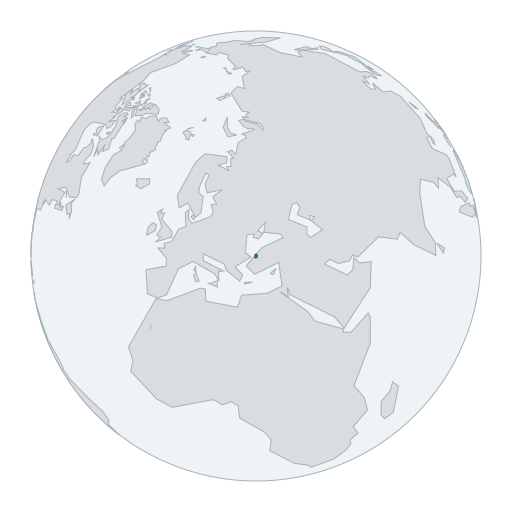 Sakarya highlighted on a globe, orthographic projection, rotated 335°
{"feature_id": "TUR-2267", "entity_name": "Sakarya", "entity_type": "Province", "adm_level": 1, "iso_a3": "TUR", "parent_name": "Turkey", "parent_adm1": "", "projection": "orthographic", "projection_center": [30.503, 40.751], "detail": "fine", "context": "on_globe", "style": "filled", "palette": "teal", "viewbox_px": 512, "rotation_deg": 335, "n_neighbors": 0, "source": "natural_earth", "source_scale": "10m", "svg_char_len": 11229}
<svg xmlns="http://www.w3.org/2000/svg" viewBox="0 0 512 512"><g transform="rotate(335 256 256)"><circle cx="256" cy="256" r="225" fill="#eef3f6" stroke="#a8b0b8"/><path d="M190.7,40.4L193.0,39.8L186.6,41.7L189.7,41.0L197.9,38.8L202.6,37.6L224.4,36.2L251.4,35.4L260.5,34.1L258.1,35.7L275.6,33.3L290.6,34.7L273.3,33.9L271.3,34.6L281.3,35.6L281.4,36.6L286.3,37.8L285.5,39.1L275.5,39.2L274.8,40.2L281.9,40.9L285.6,43.1L275.2,41.8L280.7,45.6L264.9,47.6L237.8,45.2L228.6,49.4L199.6,55.5L201.8,56.8L192.3,60.8L191.3,63.9L186.2,64.7L189.9,66.7L194.7,65.4L197.9,66.0L197.8,67.9L191.3,69.0L190.4,68.2L188.4,69.6L185.2,69.4L186.7,70.6L178.8,72.0L186.4,73.6L179.9,77.2L174.7,77.5L175.6,73.5L166.0,66.1L161.0,66.1L153.1,69.4L137.3,83.4L131.7,85.4L123.7,90.8L126.6,91.2L133.8,87.2L137.2,89.9L145.7,85.2L148.3,85.8L156.8,83.1L155.0,87.8L148.7,94.2L141.5,96.9L138.5,100.0L144.9,101.3L131.2,110.7L121.6,125.0L118.1,127.2L111.9,123.9L112.9,113.5L105.0,111.3L109.6,117.4L100.8,123.9L99.1,127.2L99.3,129.9L102.4,129.4L99.3,132.9L93.6,127.5L96.3,124.3L98.1,125.8L98.5,121.2L94.6,118.6L90.4,122.6L88.9,116.1L85.9,119.1L83.9,119.6L88.8,115.2L80.0,123.3L77.6,120.3L65.6,135.9L78.0,118.6L82.7,112.2L87.4,106.6L99.7,93.8L113.0,82.0L127.1,71.2L142.0,61.7L157.7,53.3L174.0,46.2L190.7,40.4ZM39.4,194.2L37.1,202.9L34.8,218.3L34.4,219.2L32.1,244.2L33.6,264.4L33.9,275.1L33.4,277.8L34.8,284.4L34.8,287.5L43.9,313.6L51.5,332.4L53.3,342.6L50.9,345.5L56.5,360.7L49.1,345.2L42.9,329.2L38.0,312.8L34.3,296.1L31.9,279.1L30.8,262.0L31.0,244.9L32.5,227.8L35.3,210.9L39.4,194.2ZM54.8,154.7L54.7,154.8L58.2,148.2L60.2,144.6L63.0,139.7L62.7,140.3L51.6,161.9L54.7,154.9L54.8,154.7ZM64.7,138.3L66.4,135.3L65.2,137.6L64.7,138.3ZM204.6,37.1L198.1,38.7L190.6,40.6L196.0,39.0L204.6,37.1ZM218.8,34.9L215.8,35.6L212.6,35.6L215.3,35.2L218.8,34.9ZM266.9,33.4L261.6,33.2L266.7,33.1L266.9,33.4ZM287.1,37.8L288.6,37.6L290.5,38.4L287.1,37.8ZM157.2,80.7L157.0,81.9L155.5,81.7L157.2,80.7ZM161.1,78.6L159.6,77.6L161.2,76.5L162.1,77.1L161.1,78.6ZM291.1,41.2L293.7,42.8L289.3,41.1L291.1,41.2ZM162.7,80.1L164.3,74.6L167.1,72.7L173.1,73.6L162.7,80.1ZM294.0,43.7L300.5,48.0L304.4,47.8L297.0,51.2L294.0,46.1L288.0,44.0L292.6,44.5L294.0,43.7ZM196.3,64.2L191.1,65.6L195.5,62.8L196.3,64.2ZM198.3,62.3L207.3,53.7L214.9,53.0L210.4,55.8L220.3,53.9L219.5,57.6L213.9,59.6L209.2,59.2L212.5,61.1L198.3,62.3ZM292.0,52.7L292.0,54.0L290.1,52.7L292.0,52.7ZM199.6,66.0L200.7,64.2L207.3,63.3L206.3,66.9L204.5,66.0L199.6,66.0ZM223.2,51.6L228.0,51.9L228.7,54.9L230.6,55.5L220.2,57.7L223.2,51.6ZM202.9,67.2L205.6,68.8L202.3,71.0L198.9,67.8L202.9,67.2ZM209.5,61.7L212.6,61.6L210.5,62.8L209.5,61.7ZM192.3,80.4L193.5,77.9L197.1,77.2L192.3,80.4ZM206.8,69.3L207.9,68.5L209.4,68.0L210.5,69.6L206.8,69.3ZM221.4,59.9L220.7,61.2L225.7,59.1L226.5,61.6L219.4,62.7L222.7,63.3L223.0,64.1L216.9,64.2L221.4,59.9ZM216.2,69.8L207.4,72.6L204.3,77.2L201.1,77.9L206.5,70.4L216.2,69.8ZM217.1,66.4L215.8,68.6L212.4,68.2L211.2,66.4L217.1,66.4ZM229.5,63.0L230.2,58.8L231.8,58.8L229.5,63.0ZM215.9,71.2L218.1,70.5L216.1,71.6L215.9,71.2ZM226.1,65.5L226.1,64.0L227.9,63.9L226.1,65.5ZM222.3,70.6L219.4,71.4L218.5,70.2L222.3,70.6ZM224.6,68.3L226.9,68.7L219.9,69.3L224.3,67.6L224.6,68.3ZM227.7,65.7L228.8,65.2L227.5,66.4L227.7,65.7ZM227.3,75.2L218.6,76.2L216.7,73.3L225.3,72.6L227.3,75.2ZM105.7,343.8L93.8,307.5L100.3,298.9L101.9,284.6L147.4,252.3L156.6,258.9L191.8,261.6L196.1,264.5L191.5,275.8L217.5,294.5L226.5,285.5L250.6,294.6L267.0,294.1L273.8,271.5L247.0,271.9L242.9,260.7L264.8,250.9L288.3,250.9L287.5,246.6L273.1,237.7L278.9,229.3L268.1,234.0L272.2,238.3L265.5,241.6L261.4,238.0L263.6,235.0L256.7,233.1L247.8,248.7L251.0,254.8L232.4,256.9L235.9,267.4L230.7,271.9L222.9,255.9L224.0,250.2L209.1,231.7L206.2,237.8L220.1,255.8L215.6,254.1L211.8,263.2L211.1,254.9L196.7,234.4L180.3,234.8L158.5,253.4L149.1,252.3L141.6,244.5L150.4,222.0L170.4,227.2L173.8,220.1L170.5,207.3L176.9,210.2L178.0,205.8L185.6,207.3L197.1,199.1L205.0,199.6L210.3,186.8L215.0,185.5L210.5,193.3L211.7,199.3L231.3,201.2L235.4,198.7L237.2,190.5L242.4,192.4L241.6,184.2L253.3,181.6L238.4,178.1L240.2,169.2L247.6,162.8L245.5,159.5L233.4,170.0L231.0,174.9L233.2,179.9L224.3,193.7L217.4,195.3L216.6,179.1L206.7,179.9L210.4,167.7L240.7,145.6L253.0,141.8L271.8,153.8L268.6,159.3L260.2,157.6L267.3,167.2L267.0,162.5L271.3,164.4L274.1,157.0L277.2,158.0L274.4,149.5L278.7,149.9L280.4,155.3L288.0,145.6L297.0,144.9L297.2,142.2L294.9,139.6L307.8,140.9L307.3,138.9L302.9,137.7L299.2,133.2L297.7,125.9L302.3,126.7L303.4,129.4L312.7,136.8L315.1,144.4L316.8,144.1L315.8,137.7L304.5,128.7L302.3,124.1L308.2,127.6L305.9,125.9L306.2,124.0L310.8,122.9L304.6,118.8L302.1,98.0L310.7,94.5L316.3,99.5L319.3,87.6L328.8,85.8L324.8,84.5L323.5,78.7L320.5,79.1L318.4,78.1L313.8,64.8L316.2,62.7L309.6,56.6L307.5,56.1L305.3,57.2L297.0,51.2L304.4,47.8L308.7,49.0L310.4,46.5L320.1,49.9L328.9,52.0L338.7,58.0L344.8,59.6L344.7,58.5L353.0,60.2L370.3,68.6L356.6,66.6L330.7,57.5L341.3,61.3L339.0,62.1L342.9,64.6L350.4,67.5L351.2,66.7L363.7,81.7L381.9,95.2L380.3,89.0L384.9,89.0L404.2,101.7L427.9,133.0L434.2,135.5L438.3,139.9L440.9,147.0L435.1,140.5L432.8,142.2L429.1,137.8L431.3,147.7L426.1,142.0L430.4,153.0L434.8,155.5L434.7,148.4L440.7,161.2L447.6,163.3L454.5,172.6L463.0,200.8L462.7,216.8L464.0,220.8L460.7,221.2L461.2,233.3L471.0,244.1L472.3,249.7L470.8,269.0L469.9,265.1L461.4,266.3L463.2,281.3L469.8,283.7L472.2,293.3L468.6,295.9L465.8,287.8L462.7,287.8L461.1,275.5L453.9,262.0L450.1,271.5L448.0,264.3L437.5,255.9L430.7,269.0L421.5,300.5L424.1,319.5L419.3,331.6L403.8,312.3L396.7,295.4L391.2,300.5L375.2,290.4L347.8,300.0L343.8,295.8L338.7,300.0L327.4,297.6L321.4,290.1L314.6,292.2L330.7,311.7L338.0,309.3L344.0,298.7L347.1,306.1L358.0,309.9L346.2,333.0L305.4,358.5L301.4,344.4L270.3,305.2L271.2,300.1L271.1,299.6L270.7,298.6L267.9,306.8L262.5,298.5L279.1,327.6L281.9,339.9L304.8,359.4L302.7,362.0L310.0,365.3L333.6,355.1L333.7,359.8L322.6,383.5L290.0,414.8L294.3,430.2L292.0,442.6L271.8,451.8L273.8,459.5L263.3,462.5L262.8,466.3L254.5,470.1L240.6,472.9L216.8,470.8L215.2,467.9L203.1,460.0L186.2,438.3L192.1,429.2L189.9,420.3L172.7,395.9L176.5,384.2L171.9,377.7L162.5,376.6L157.2,368.5L151.5,366.7L116.2,357.8L105.7,343.8ZM131.3,273.5L130.0,277.7L130.0,277.8L131.3,273.5ZM313.2,262.3L327.3,260.3L320.9,247.1L325.8,245.4L321.9,241.8L320.4,246.2L310.7,235.9L316.8,230.4L315.1,224.4L310.2,224.8L300.7,236.7L314.5,251.2L311.3,257.8L313.2,262.3ZM34.8,218.6L34.3,222.4L34.4,219.9L34.8,218.6ZM44.3,183.3L43.2,187.8L43.6,184.7L44.3,183.3ZM50.2,165.1L45.0,180.2L45.9,175.5L49.4,166.3L47.9,170.4L50.2,165.1ZM62.2,141.7L60.8,144.2L60.1,145.1L62.2,141.7ZM63.9,140.1L64.1,139.5L65.5,137.3L63.9,140.1ZM101.1,124.2L101.5,124.8L100.9,127.9L99.7,127.3L101.1,124.2ZM107.5,137.8L102.3,143.2L105.2,138.7L102.4,138.6L105.0,129.5L116.4,128.0L110.8,130.1L107.5,137.8ZM111.5,117.6L108.6,123.1L111.4,117.2L111.5,117.6ZM176.6,182.2L178.9,185.8L175.6,190.3L165.6,191.0L170.3,184.4L176.6,182.2ZM183.0,190.1L185.0,174.7L191.3,174.1L187.4,176.9L191.4,178.1L186.2,183.1L190.2,198.2L187.6,203.2L170.6,200.9L177.6,198.7L174.9,195.0L183.0,190.1ZM179.0,141.0L180.0,135.5L192.4,141.1L190.0,145.6L179.9,146.2L176.7,141.3L179.0,141.0ZM172.8,83.1L172.4,81.6L174.2,81.1L176.0,82.1L172.8,83.1ZM192.6,79.3L176.6,89.7L175.3,88.3L167.6,96.7L161.1,96.5L166.3,91.0L155.5,97.5L157.7,92.4L150.7,97.4L163.1,85.1L164.6,81.3L165.4,85.5L171.3,85.7L174.3,84.6L183.9,78.8L190.1,71.2L196.9,70.6L200.1,72.2L199.7,73.9L195.4,73.7L197.9,76.2L191.3,77.2L192.6,79.3ZM233.7,98.3L228.9,96.2L232.9,103.7L226.3,103.8L227.2,104.7L222.2,107.0L217.7,111.5L214.8,110.8L214.3,112.9L211.0,114.7L209.4,117.4L203.6,117.3L201.1,120.7L199.8,118.8L197.0,124.8L196.5,120.4L192.2,122.6L195.0,125.7L167.9,121.3L157.0,123.7L148.1,128.4L148.4,120.9L156.9,112.0L169.1,104.2L179.6,103.3L177.8,100.3L182.3,99.1L181.8,102.0L185.2,97.0L188.8,96.8L199.7,91.3L202.4,84.8L206.4,82.9L207.2,85.4L210.7,81.8L214.8,85.3L217.8,84.1L224.8,86.7L224.4,92.7L227.8,90.9L233.3,93.1L233.7,98.3ZM229.1,76.0L230.2,82.5L227.1,86.0L216.2,80.1L212.9,80.7L205.8,77.7L210.4,72.9L212.0,74.1L214.6,74.3L212.1,75.7L216.1,74.7L218.4,76.5L222.1,76.3L221.5,78.4L229.1,76.0ZM201.4,260.7L204.8,261.8L210.2,262.0L208.0,268.0L201.4,260.7ZM191.3,246.9L194.5,246.6L193.9,254.7L190.4,253.9L191.3,246.9ZM196.7,239.9L194.7,246.0L193.6,242.2L196.7,239.9ZM213.5,192.8L216.9,192.3L217.1,194.2L215.0,197.0L213.5,192.8ZM244.1,122.5L241.8,120.2L242.9,119.3L242.1,112.9L246.9,112.6L249.3,116.3L244.1,122.5ZM269.0,275.6L264.0,280.1L261.6,278.1L263.8,277.0L269.0,275.6ZM234.3,275.0L242.0,278.2L233.6,276.6L234.3,275.0ZM249.2,121.1L248.3,118.4L251.2,119.9L249.2,121.1ZM250.4,112.1L253.9,113.3L247.4,111.9L250.4,112.1ZM330.2,434.2L314.3,455.8L303.8,457.7L302.1,453.0L308.1,440.7L320.5,434.9L326.6,427.8L330.2,434.2ZM477.3,298.4L474.2,309.9L471.9,314.5L473.0,310.0L476.6,299.9L477.8,295.7L477.3,298.4ZM472.8,310.5L468.6,312.4L458.9,302.1L462.5,297.7L471.8,297.9L471.3,301.3L473.9,301.6L472.8,310.5ZM480.7,270.5L480.1,279.1L478.4,287.9L477.4,290.9L476.7,284.2L477.1,277.7L478.2,274.3L479.2,244.0L480.2,243.3L480.6,254.5L481.2,257.2L480.7,270.5ZM425.2,320.7L430.3,328.4L427.2,332.6L425.2,320.7ZM477.4,226.8L478.5,239.6L476.8,224.9L477.4,226.8ZM475.1,214.7L476.2,218.0L475.1,216.7L475.1,214.7ZM466.1,225.9L465.1,230.5L464.0,228.0L464.6,220.7L466.1,225.9ZM459.6,180.8L463.7,188.3L464.9,191.6L462.5,188.7L459.6,180.8ZM288.8,117.9L284.6,126.8L284.7,133.7L289.8,138.2L280.9,136.1L280.6,125.4L288.8,117.9ZM300.0,100.2L295.5,96.9L298.6,96.2L300.0,96.8L300.0,100.2ZM296.5,99.7L289.0,99.8L287.2,96.6L293.5,97.1L296.5,99.7ZM269.1,109.8L267.5,112.3L265.1,110.9L269.1,109.8ZM481.2,263.5L481.3,257.3L481.2,251.1L481.2,249.1L481.3,254.0L481.3,256.1L481.3,256.8L481.2,263.5ZM479.4,226.9L478.8,224.8L479.4,231.0L477.2,214.7L478.3,219.3L479.2,225.1L479.4,226.9ZM477.3,216.8L477.9,222.5L476.5,213.8L477.3,216.8ZM477.5,221.3L476.4,217.4L476.5,215.2L477.5,221.3ZM477.1,215.1L475.2,207.1L476.2,210.0L477.1,215.1ZM473.4,209.0L475.5,210.0L474.7,214.8L469.6,201.3L469.6,197.7L473.4,209.0ZM441.1,137.0L438.3,134.2L436.8,130.5L439.1,133.4L441.1,137.0ZM429.4,117.1L435.5,128.6L439.9,138.6L440.8,138.1L446.0,145.7L442.0,143.3L435.5,131.9L432.9,125.5L428.1,119.9L423.4,113.0L417.4,107.9L414.0,103.9L418.6,106.6L429.4,117.1ZM414.9,106.1L402.8,96.5L402.1,92.5L404.6,93.7L410.5,99.7L410.5,101.4L414.9,106.1ZM399.7,93.1L399.6,94.8L381.5,87.4L377.6,85.0L390.9,87.8L391.5,89.6L396.1,92.4L399.7,93.1ZM294.4,54.0L292.3,54.0L293.5,53.2L294.4,54.0ZM316.8,78.5L314.3,77.0L315.8,75.9L316.8,78.5ZM308.0,72.5L308.0,74.8L306.1,72.0L308.0,72.5ZM308.3,80.0L307.1,75.5L311.0,80.3L308.3,80.0Z" fill="#d9dde1" stroke="#a8b0b8" stroke-width="1"/><path d="M255.8,254.4L256.6,254.5L257.0,254.7L257.3,254.7L257.4,254.8L257.2,255.1L257.1,255.3L257.2,255.5L257.1,255.8L257.2,256.0L257.0,256.4L257.0,256.5L256.8,256.7L256.6,256.7L256.4,256.9L256.4,257.1L256.3,257.3L256.4,257.5L256.2,257.6L255.9,257.6L255.8,257.4L255.7,257.4L255.4,257.4L255.0,257.5L254.7,257.4L254.5,257.2L254.4,257.0L254.3,256.8L254.3,256.7L254.5,256.7L254.9,256.5L255.0,256.4L255.2,256.2L255.3,255.6L255.5,255.4L255.4,255.4L255.4,255.2L255.6,255.2L255.6,255.3L255.8,255.3L255.9,255.1L256.0,255.0L255.9,254.9L255.7,254.9L255.7,254.7L255.8,254.4L255.8,254.4Z" fill="#14b8a6" stroke="#0f766e" stroke-width="1.5"/></g></svg>